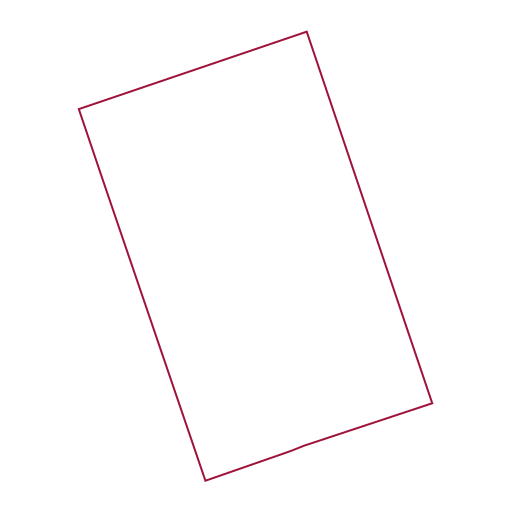 McPherson, Nebraska, United States of America (Robinson projection), rotated 71°
{"feature_id": "52423323B32100052326403", "entity_name": "McPherson", "entity_type": "district", "adm_level": 2, "iso_a3": "USA", "parent_name": "United States of America", "parent_adm1": "Nebraska", "projection": "robinson", "projection_center": [-100.944, 41.568], "detail": "fine", "context": "isolated", "style": "outline", "palette": "rose", "viewbox_px": 512, "rotation_deg": 71, "n_neighbors": 0, "source": "geoboundaries", "source_scale": "gbopen_adm2", "svg_char_len": 271}
<svg xmlns="http://www.w3.org/2000/svg" viewBox="0 0 512 512"><g transform="rotate(71 256 256)"><path d="M452.0,377.0L451.7,287.0L451.0,272.3L452.6,137.3L378.8,136.9L60.4,135.0L59.4,375.7L137.2,376.1L452.0,377.0Z" fill="none" stroke="#9f1239" stroke-width="2"/></g></svg>